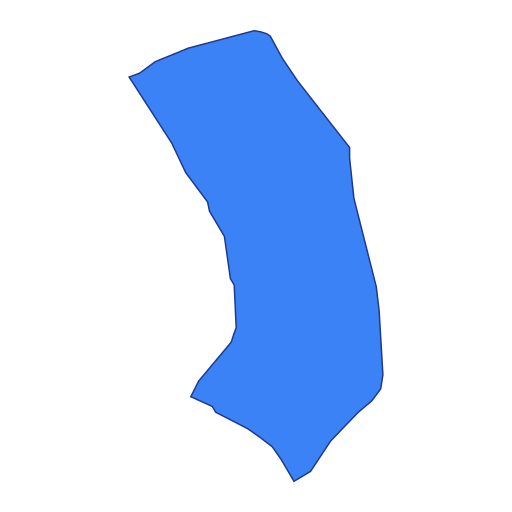 San Mateo, Quezaltenango, Guatemala (Robinson projection)
{"feature_id": "79465075B40376522775505", "entity_name": "San Mateo", "entity_type": "district", "adm_level": 2, "iso_a3": "GTM", "parent_name": "Guatemala", "parent_adm1": "Quezaltenango", "projection": "robinson", "projection_center": [-91.588, 14.843], "detail": "fine", "context": "isolated", "style": "filled", "palette": "blue", "viewbox_px": 512, "rotation_deg": 0, "n_neighbors": 0, "source": "geoboundaries", "source_scale": "gbopen_adm2", "svg_char_len": 637}
<svg xmlns="http://www.w3.org/2000/svg" viewBox="0 0 512 512"><path d="M190.8,396.7L212.2,406.4L215.8,412.3L247.7,428.7L259.9,437.3L272.3,446.8L281.3,459.7L294.0,481.3L310.6,471.3L330.7,440.9L358.0,412.5L371.8,400.8L380.7,388.9L382.9,374.7L379.1,310.5L376.3,286.9L353.9,198.3L349.6,158.2L349.6,147.5L319.6,109.2L297.6,81.0L282.2,58.1L270.3,36.2L266.6,33.7L260.5,31.8L254.2,30.7L188.4,48.1L155.2,61.7L139.7,73.1L129.1,77.1L132.0,81.5L171.8,143.2L185.7,172.6L207.6,202.0L209.5,211.2L224.4,236.4L230.4,278.6L234.2,285.0L236.2,327.8L233.9,333.9L231.2,342.2L198.7,381.0L190.8,396.7Z" fill="#3b82f6" stroke="#1e3a8a" stroke-width="1.5"/></svg>